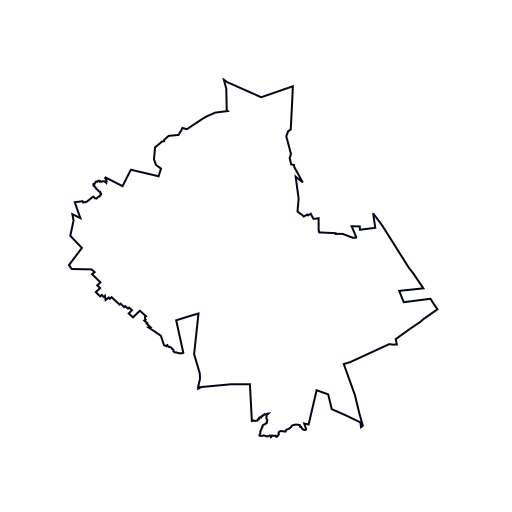 Nuevo Ideal, Durango, Mexico, rotated 284°
{"feature_id": "50627088B12062769498923", "entity_name": "Nuevo Ideal", "entity_type": "district", "adm_level": 2, "iso_a3": "MEX", "parent_name": "Mexico", "parent_adm1": "Durango", "projection": "robinson", "projection_center": [-105.12, 24.837], "detail": "fine", "context": "isolated", "style": "outline", "palette": "ink", "viewbox_px": 512, "rotation_deg": 284, "n_neighbors": 0, "source": "geoboundaries", "source_scale": "gbopen_adm2", "svg_char_len": 5627}
<svg xmlns="http://www.w3.org/2000/svg" viewBox="0 0 512 512"><g transform="rotate(284 256 256)"><path d="M429.6,250.7L411.3,222.6L417.7,186.2L419.2,182.2L411.1,186.7L390.5,192.3L389.8,193.5L385.3,181.8L379.4,174.2L376.1,170.8L362.3,158.2L362.4,153.6L359.5,153.0L354.8,151.6L351.4,142.2L346.8,138.9L345.1,139.0L344.3,137.1L337.0,131.8L325.1,133.6L320.1,137.0L317.8,142.7L309.8,142.2L309.4,113.7L291.5,109.6L295.8,91.0L295.3,90.8L295.0,90.8L294.9,90.9L294.8,91.1L294.7,91.3L294.5,91.5L293.9,92.4L293.5,92.4L293.4,92.5L292.7,92.6L292.2,93.0L291.4,92.9L291.1,93.0L290.9,93.1L290.6,93.1L291.1,92.2L291.2,91.8L291.5,91.4L291.9,90.6L291.5,89.6L290.9,88.7L290.7,87.9L290.7,87.7L290.9,87.3L290.6,87.0L290.7,86.8L290.4,86.4L290.8,86.2L291.0,86.1L291.0,85.9L291.0,85.6L291.1,85.3L290.8,84.8L290.2,84.3L289.8,84.2L289.9,83.9L289.7,83.7L289.7,83.2L289.5,82.7L289.4,82.7L289.1,82.6L288.9,82.4L288.7,82.4L288.2,82.4L287.5,82.0L287.4,81.8L286.9,81.9L286.7,81.9L286.5,81.7L286.4,81.5L286.3,81.2L286.3,80.9L285.8,81.0L285.6,81.2L285.5,81.3L285.1,81.2L285.0,81.3L284.7,81.6L284.6,81.8L284.7,82.3L284.4,82.5L284.2,83.0L283.9,83.4L283.1,84.0L283.1,84.4L282.8,84.5L282.6,85.0L282.2,85.4L282.1,85.7L281.8,86.5L281.7,86.6L281.4,86.8L281.3,87.0L281.2,87.3L280.9,87.5L280.6,88.6L280.6,89.2L280.1,89.7L279.8,89.7L279.7,89.6L279.3,89.7L279.2,90.0L278.9,90.3L278.9,90.6L278.7,90.8L277.9,90.7L277.6,90.5L277.4,90.3L277.0,90.2L276.5,89.9L276.2,89.9L275.7,89.4L274.9,88.4L274.5,88.1L274.3,87.9L273.6,87.7L273.3,87.4L273.1,87.2L273.2,86.6L273.0,85.9L273.1,85.5L274.2,84.1L274.2,83.8L274.0,83.5L273.8,83.3L273.6,83.2L267.8,78.7L267.5,78.2L267.4,78.1L267.1,77.7L267.0,77.4L266.8,77.2L266.8,76.8L266.5,75.9L266.1,75.3L267.2,74.4L264.3,67.1L250.3,76.4L252.1,67.7L246.3,70.4L230.7,70.9L221.7,85.1L201.9,76.7L198.8,80.3L203.2,99.6L201.3,103.3L198.7,101.3L192.8,111.4L190.5,110.0L189.1,109.0L187.2,112.5L182.2,109.3L179.1,114.6L180.9,115.8L179.4,118.3L180.8,119.1L176.9,120.7L180.1,123.2L179.1,124.5L181.1,125.9L175.8,135.4L177.0,136.2L174.5,140.4L175.8,141.2L174.0,144.5L175.2,145.3L173.4,148.8L169.5,146.4L168.6,148.0L166.7,151.5L174.8,156.5L171.0,163.8L170.2,163.0L169.8,163.1L168.8,163.5L167.9,163.7L167.6,164.2L166.4,163.2L164.6,166.7L163.9,166.3L161.4,170.7L160.7,169.0L155.6,183.0L147.2,188.3L147.1,188.7L147.1,190.2L147.1,190.4L146.9,190.6L146.8,190.9L147.1,191.0L147.3,190.9L147.6,191.2L147.9,191.3L148.1,191.5L147.6,191.9L147.3,192.5L146.7,193.2L146.7,193.7L146.8,194.1L146.9,194.4L146.8,195.3L146.7,195.7L146.4,196.0L146.2,196.5L145.7,196.9L145.1,198.4L144.0,198.9L143.6,199.0L143.6,199.3L143.0,199.9L142.8,201.0L143.1,201.4L143.2,202.1L143.0,203.7L143.1,204.8L143.0,205.6L143.6,206.8L143.6,207.4L143.9,208.2L144.5,208.9L174.3,194.1L182.2,207.1L186.3,214.1L145.8,219.7L128.6,229.8L123.3,231.4L114.5,231.5L114.7,232.0L113.4,232.1L115.2,234.2L115.4,234.0L125.4,262.5L130.1,281.1L94.9,291.9L95.1,292.2L95.6,292.2L95.8,293.4L95.8,293.5L95.8,293.8L95.6,294.1L95.9,295.4L96.6,296.7L96.6,297.1L96.9,297.3L97.2,297.4L97.6,297.5L98.0,297.5L98.3,297.5L99.0,298.1L98.9,298.4L99.2,298.4L99.5,298.1L100.0,298.3L100.2,298.5L100.4,298.9L100.4,299.9L101.1,299.8L101.4,300.1L101.7,300.3L101.9,300.7L102.3,300.6L102.9,300.9L103.1,301.2L102.9,301.4L103.3,301.9L103.8,302.3L104.3,302.4L104.7,302.7L104.7,302.9L104.5,303.5L104.6,303.9L105.0,304.1L105.5,305.1L106.0,305.5L105.9,305.8L106.1,306.2L105.9,306.1L105.1,305.1L104.0,304.9L103.5,304.9L102.5,305.1L101.7,305.1L101.0,305.3L100.5,305.8L99.9,306.4L99.6,306.6L99.0,306.8L97.3,306.5L97.0,306.9L96.7,306.9L96.2,306.5L94.8,305.1L94.2,304.3L94.0,303.9L93.4,303.5L92.9,303.6L92.7,303.5L92.4,303.4L91.5,303.6L91.3,303.4L90.8,303.1L90.2,303.1L89.7,303.3L89.3,303.2L88.0,302.9L86.8,302.6L86.3,302.6L85.2,303.1L84.6,303.1L83.1,302.6L82.6,302.9L82.4,303.3L82.6,304.2L83.0,305.5L83.4,306.3L83.8,307.1L83.8,307.7L83.7,308.9L83.6,309.3L83.4,309.7L84.0,311.1L84.3,311.6L84.8,312.1L85.1,312.6L85.3,313.0L85.1,313.4L84.6,313.9L84.0,314.0L83.7,314.2L83.8,314.5L84.3,314.6L85.3,314.7L85.6,314.8L85.7,315.1L85.7,316.5L86.3,318.0L86.4,318.6L86.1,318.8L86.0,319.2L85.7,319.2L85.7,319.3L85.5,319.5L85.6,319.8L85.9,320.2L88.1,321.2L88.7,321.3L89.4,320.7L89.9,320.7L90.5,320.8L91.2,321.1L92.2,322.3L92.2,323.1L92.3,324.1L92.6,324.8L92.6,326.5L92.6,326.8L92.7,327.0L93.1,327.2L93.6,327.2L94.2,327.3L94.9,327.6L95.2,328.0L96.0,329.3L96.4,329.8L97.7,330.8L98.6,331.5L99.0,331.6L99.9,331.8L100.2,332.0L100.4,332.2L100.7,332.7L100.9,333.1L101.1,333.5L101.3,333.9L101.9,334.8L102.0,335.5L102.2,336.1L102.3,336.9L102.4,337.4L102.5,338.4L102.5,338.6L102.5,339.1L102.4,339.3L102.4,339.5L101.8,339.7L101.2,340.0L100.8,340.4L100.9,340.9L101.1,341.3L99.7,342.3L99.5,342.7L99.3,343.4L99.0,343.9L99.0,344.3L98.8,344.7L98.9,345.3L99.0,345.6L99.1,345.9L99.4,346.2L100.0,346.6L105.1,343.3L105.2,347.8L140.4,347.3L139.2,359.5L125.7,366.6L123.2,381.3L119.8,397.6L115.3,399.3L117.2,400.7L128.0,394.5L145.0,385.6L172.4,367.3L175.7,372.9L202.7,406.6L203.2,410.6L204.2,414.0L209.2,411.7L222.3,422.8L226.9,426.9L231.5,431.1L232.2,431.7L234.3,433.1L234.9,433.4L248.1,444.9L256.7,435.6L246.9,410.5L256.8,403.4L265.1,426.2L277.6,412.3L281.7,407.0L316.1,371.1L325.8,359.3L312.2,364.9L306.6,350.5L309.8,349.5L308.0,341.6L298.8,348.5L298.1,348.7L297.1,345.9L298.4,334.7L297.7,331.6L296.6,328.0L297.4,327.8L294.2,311.6L296.7,310.4L307.8,307.6L306.8,305.3L306.0,302.7L310.2,298.9L308.0,296.6L308.6,295.7L305.8,292.7L306.6,291.6L307.3,290.0L308.7,286.6L309.2,285.5L321.9,283.5L342.5,275.3L338.7,283.6L351.6,271.6L353.5,270.9L353.3,268.0L359.1,265.0L363.6,265.2L379.5,256.4L384.8,257.0L387.2,259.1L419.3,252.8L429.6,250.7Z" fill="none" stroke="#020617" stroke-width="2"/></g></svg>